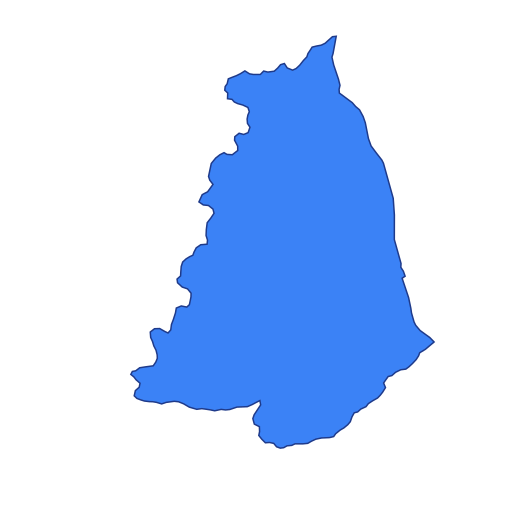 outline of Riolândia, São Paulo, Brazil, rotated 76°
{"feature_id": "56859067B96578254968742", "entity_name": "Riolândia", "entity_type": "district", "adm_level": 2, "iso_a3": "BRA", "parent_name": "Brazil", "parent_adm1": "São Paulo", "projection": "orthographic", "projection_center": [-49.714, -20.05], "detail": "fine", "context": "isolated", "style": "filled", "palette": "blue", "viewbox_px": 512, "rotation_deg": 76, "n_neighbors": 0, "source": "geoboundaries", "source_scale": "gbopen_adm2", "svg_char_len": 2964}
<svg xmlns="http://www.w3.org/2000/svg" viewBox="0 0 512 512"><g transform="rotate(76 256 256)"><path d="M233.2,108.9L196.8,109.9L193.3,110.7L185.0,114.4L177.1,117.7L169.3,118.5L153.1,117.7L146.6,118.3L139.2,120.2L135.0,123.2L130.5,125.5L118.1,135.7L114.5,135.1L110.7,133.2L104.4,133.2L89.5,134.4L81.4,134.2L78.3,132.3L62.2,125.0L61.7,128.8L64.4,133.9L66.3,137.4L67.2,141.7L66.9,146.6L66.9,151.0L69.4,153.6L72.1,156.6L75.1,158.5L77.7,162.6L81.4,167.4L83.8,171.7L84.5,175.5L81.1,180.2L76.1,181.9L76.3,185.9L78.9,189.5L81.1,193.6L80.4,200.0L78.4,203.8L80.9,207.9L79.2,214.7L77.7,218.2L73.7,222.0L75.3,226.9L76.3,231.5L76.8,235.7L77.4,240.0L81.9,242.3L84.1,244.9L87.6,246.2L91.0,244.0L96.5,245.6L98.2,241.4L101.3,239.8L103.7,236.9L106.3,232.3L109.9,227.9L114.4,227.6L117.3,229.8L121.0,231.5L125.3,232.2L129.6,230.7L134.4,233.8L135.1,238.5L132.8,242.7L135.1,247.7L138.5,248.8L145.0,247.2L149.2,248.2L152.0,254.5L150.4,259.6L148.0,262.0L149.0,266.5L151.2,271.4L155.4,277.0L159.5,279.0L167.3,282.8L171.3,282.5L176.1,280.4L182.0,287.4L183.4,293.3L189.7,298.3L193.7,294.8L195.5,289.9L200.1,286.4L204.4,286.4L208.3,290.7L211.9,295.3L218.3,297.8L224.1,299.5L228.8,299.2L232.7,300.6L231.7,306.9L233.6,312.0L237.2,315.2L240.0,317.1L240.6,320.5L241.9,324.6L244.1,328.6L248.1,331.1L253.2,332.8L257.1,334.0L259.3,338.2L263.0,338.6L268.3,335.1L271.3,330.4L276.4,328.0L280.0,329.0L283.2,330.5L287.1,332.4L288.8,335.5L286.4,340.6L287.2,345.9L291.9,348.0L297.7,351.6L302.0,354.6L307.1,356.6L309.4,360.0L307.2,362.7L303.1,367.0L302.0,372.1L304.2,377.0L309.6,377.9L313.9,377.1L318.5,376.9L323.3,375.8L328.0,375.8L331.4,376.5L334.7,378.9L337.7,382.3L336.9,389.4L336.3,395.9L338.3,400.5L338.1,403.9L340.6,406.1L343.7,403.8L347.1,402.3L351.4,399.3L355.1,401.1L357.4,405.6L362.2,408.0L365.4,406.0L367.7,402.7L369.7,399.4L371.5,394.7L372.4,391.5L373.9,388.0L376.7,383.3L376.3,378.5L376.7,375.1L377.2,370.5L378.7,366.4L381.9,362.0L386.5,357.3L390.4,350.6L391.0,345.5L392.5,341.7L394.2,337.6L396.2,333.5L396.4,326.9L398.0,322.8L398.6,318.6L398.0,311.0L400.1,300.8L399.2,295.5L398.2,291.6L397.2,287.2L401.6,287.5L409.6,296.2L413.0,298.4L418.7,298.3L422.4,294.0L427.2,295.0L430.8,296.7L435.0,294.8L439.5,292.1L440.2,288.0L442.1,284.1L446.1,282.2L448.3,278.9L448.7,275.5L447.7,271.8L448.4,267.1L447.7,263.6L449.6,256.0L450.3,251.1L449.1,246.9L448.2,242.3L448.4,236.5L450.0,228.5L450.0,224.3L447.7,221.7L445.2,216.3L444.1,212.4L441.9,207.8L439.6,204.6L435.2,201.7L431.9,198.6L431.9,195.1L429.9,191.4L428.8,185.7L426.4,182.7L424.7,177.8L423.2,172.4L421.2,169.2L418.8,166.1L415.0,162.2L410.1,162.9L407.7,160.2L404.9,156.9L404.9,153.1L402.6,148.7L401.4,143.1L402.0,138.0L400.5,134.4L398.2,130.2L395.2,125.6L392.2,122.4L389.5,120.6L387.5,114.2L382.5,104.0L377.3,107.0L368.0,114.8L361.9,117.8L358.2,118.6L348.9,118.9L344.1,118.4L333.3,118.0L312.9,119.6L311.7,116.2L306.4,116.7L302.0,118.2L298.4,117.1L273.5,117.8L249.7,111.8L233.2,108.9Z" fill="#3b82f6" stroke="#1e3a8a" stroke-width="1.5"/></g></svg>